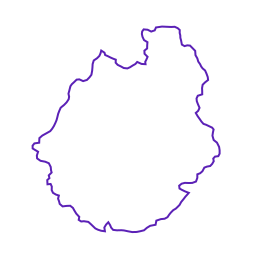 outline of Ilicínea, Minas Gerais, Brazil, rotated 95°
{"feature_id": "56859067B59250677918244", "entity_name": "Ilicínea", "entity_type": "district", "adm_level": 2, "iso_a3": "BRA", "parent_name": "Brazil", "parent_adm1": "Minas Gerais", "projection": "natural_earth1", "projection_center": [-45.811, -20.936], "detail": "fine", "context": "isolated", "style": "outline", "palette": "violet", "viewbox_px": 256, "rotation_deg": 95, "n_neighbors": 0, "source": "geoboundaries", "source_scale": "gbopen_adm2", "svg_char_len": 2648}
<svg xmlns="http://www.w3.org/2000/svg" viewBox="0 0 256 256"><g transform="rotate(95 128 128)"><path d="M222.0,92.1L217.8,91.7L215.9,87.3L215.2,83.6L213.4,80.9L210.7,79.4L208.6,78.0L205.9,75.8L204.2,73.4L202.4,71.8L200.1,69.9L197.1,68.6L193.9,66.4L191.5,64.9L189.4,63.3L187.3,61.8L186.2,65.6L184.9,69.0L183.8,71.4L181.0,72.0L178.8,69.7L177.7,66.6L177.5,62.4L177.1,59.2L175.4,55.6L171.6,54.6L168.1,54.9L166.8,52.2L164.6,50.1L160.8,48.5L159.5,45.8L158.7,42.8L156.4,41.0L153.6,39.7L151.0,40.4L148.9,38.8L148.2,35.6L145.6,34.5L142.2,34.8L138.9,35.6L134.8,38.1L132.5,41.6L128.3,43.2L125.0,43.0L122.0,42.6L120.3,44.2L119.2,47.2L118.0,50.4L117.3,53.2L115.2,55.4L113.0,57.2L110.2,59.6L107.1,61.8L104.8,59.6L101.7,58.5L98.2,60.4L95.3,61.8L92.6,62.3L89.8,61.3L88.0,57.0L84.9,57.3L81.8,57.7L78.4,57.4L75.8,55.2L73.2,52.4L70.3,53.0L67.1,54.5L64.0,56.2L62.1,58.9L60.3,60.5L58.2,61.7L55.7,63.8L52.6,65.0L49.6,67.1L45.3,67.8L42.7,70.8L40.5,73.4L40.5,76.2L41.5,78.8L40.2,81.6L36.0,82.8L33.6,83.7L31.1,84.0L28.8,84.8L25.9,85.0L24.2,87.2L23.1,90.3L23.6,93.8L23.8,98.3L24.0,103.0L24.7,105.9L25.4,108.9L28.4,109.9L29.9,113.3L28.4,117.0L28.4,121.0L30.6,122.3L33.1,122.4L35.9,121.5L39.0,119.7L40.8,116.1L43.7,116.1L47.1,115.9L49.5,118.4L52.6,118.0L55.4,114.7L58.4,115.7L60.6,116.6L62.9,116.1L63.0,120.1L61.4,124.6L63.6,126.2L65.3,128.7L67.3,131.3L68.7,133.8L68.6,137.5L67.3,140.4L66.0,143.8L64.0,146.0L61.0,146.1L60.2,149.0L59.3,151.6L58.1,154.6L57.3,157.1L55.0,158.0L53.2,161.4L56.0,161.9L58.7,162.8L61.2,164.9L63.7,168.0L67.4,168.8L70.6,168.7L74.1,168.7L78.2,169.1L80.9,170.8L83.7,173.1L85.2,176.8L83.8,180.7L84.3,183.4L86.9,185.6L89.3,187.8L91.4,189.0L93.8,189.4L96.3,189.8L99.0,190.3L101.9,189.4L104.5,189.6L107.8,191.4L110.5,193.6L113.6,196.8L116.8,197.9L119.9,198.8L123.8,199.4L126.5,199.9L129.3,200.8L132.5,202.0L135.4,203.5L137.9,205.2L140.7,209.3L143.0,212.7L145.8,215.4L150.4,215.2L151.5,219.9L153.9,221.5L156.7,221.2L157.9,218.8L159.5,215.5L163.4,216.4L166.2,215.9L168.3,212.3L168.8,207.5L170.0,203.8L173.5,201.6L176.8,201.0L179.0,200.2L182.1,202.8L184.8,201.9L186.9,203.9L191.1,203.3L190.5,200.2L193.0,198.8L196.5,198.6L199.1,197.1L200.6,194.0L201.3,191.0L204.5,191.5L207.0,190.3L209.6,189.4L211.8,186.3L211.0,182.6L210.5,178.8L212.4,175.9L214.8,174.3L217.8,172.1L220.8,168.8L223.8,169.1L225.2,166.5L224.7,163.8L225.0,159.3L227.2,156.4L228.9,154.3L230.9,151.8L231.9,149.2L232.7,145.8L232.9,142.0L229.2,142.9L226.1,141.4L223.6,139.4L226.4,137.3L228.7,136.1L230.8,133.9L230.9,130.1L230.4,125.7L230.4,123.0L230.9,119.0L231.3,114.7L230.8,110.3L229.8,106.9L228.5,103.1L225.8,100.5L223.5,97.4L222.0,92.1Z" fill="none" stroke="#5b21b6" stroke-width="2"/></g></svg>